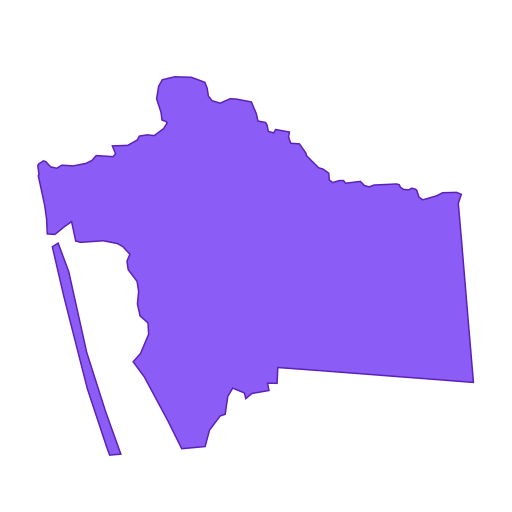 the district of Cameron, Texas, United States of America, rotated 175°
{"feature_id": "52423323B19813922549461", "entity_name": "Cameron", "entity_type": "district", "adm_level": 2, "iso_a3": "USA", "parent_name": "United States of America", "parent_adm1": "Texas", "projection": "orthographic", "projection_center": [-97.444, 26.124], "detail": "fine", "context": "isolated", "style": "filled", "palette": "violet", "viewbox_px": 512, "rotation_deg": 175, "n_neighbors": 0, "source": "geoboundaries", "source_scale": "gbopen_adm2", "svg_char_len": 1767}
<svg xmlns="http://www.w3.org/2000/svg" viewBox="0 0 512 512"><g transform="rotate(175 256 256)"><path d="M50.4,111.1L50.2,187.4L49.9,252.1L49.9,258.4L49.9,290.8L46.1,299.5L50.6,301.9L64.5,302.8L70.9,300.2L85.0,297.4L88.5,300.5L90.2,307.6L91.6,308.8L95.0,310.0L97.8,308.6L103.1,309.4L106.1,311.8L107.1,314.5L109.6,315.5L132.2,316.4L137.3,315.0L141.9,316.8L145.5,321.2L160.4,320.7L162.2,323.5L166.2,323.9L173.3,322.5L176.4,325.5L176.3,332.1L181.6,336.7L186.0,338.5L197.0,351.6L197.3,354.1L202.9,363.9L211.6,365.3L213.2,371.9L211.9,376.6L225.4,380.3L227.7,377.1L232.9,379.1L233.6,385.6L234.9,388.2L242.3,390.3L243.3,397.8L245.6,405.0L247.2,409.9L261.7,414.0L268.0,414.9L278.4,411.4L286.2,414.5L289.5,419.5L290.0,427.4L291.8,433.5L304.9,439.7L321.3,441.6L333.9,439.8L338.2,433.6L341.3,421.3L338.1,407.3L337.8,399.6L334.1,397.9L332.9,396.3L336.9,391.0L346.9,384.8L353.9,386.2L361.7,385.6L364.2,381.9L374.1,377.4L389.5,378.2L387.0,370.0L389.7,367.4L406.4,370.0L411.1,365.5L417.3,363.1L430.2,361.7L441.5,363.4L446.9,360.8L452.8,362.7L457.4,368.5L459.5,369.3L464.6,366.6L465.5,365.0L465.1,355.8L465.9,355.0L462.1,324.9L461.4,311.2L462.0,296.2L454.5,295.0L444.2,302.0L436.7,306.3L434.3,286.6L429.5,284.9L406.9,284.5L393.0,280.5L387.8,276.9L381.5,268.7L385.0,262.1L384.5,253.5L376.7,241.1L376.0,230.9L378.3,218.6L376.7,206.4L369.4,198.7L369.8,187.4L379.5,169.0L387.6,161.3L377.7,145.1L358.3,99.9L346.8,70.5L323.3,70.6L317.5,86.6L305.6,99.8L300.5,101.0L296.4,118.5L290.7,126.4L279.5,120.6L278.6,114.8L272.0,119.4L254.8,120.9L255.6,128.3L246.1,127.3L244.0,143.0L216.0,138.5L50.4,111.1ZM407.9,70.4L419.3,113.7L433.1,175.0L443.9,256.7L452.0,286.1L458.1,282.9L450.8,231.5L435.6,138.6L421.2,77.9L419.1,70.4L407.9,70.4Z" fill="#8b5cf6" stroke="#5b21b6" stroke-width="1.5"/></g></svg>